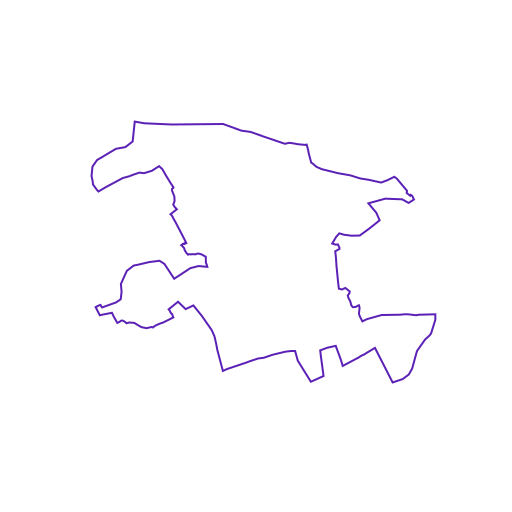 outline of Gwadabawa, Sokoto, Nigeria, rotated 246°
{"feature_id": "59680162B7305913438202", "entity_name": "Gwadabawa", "entity_type": "district", "adm_level": 2, "iso_a3": "NGA", "parent_name": "Nigeria", "parent_adm1": "Sokoto", "projection": "robinson", "projection_center": [5.311, 13.424], "detail": "fine", "context": "isolated", "style": "outline", "palette": "violet", "viewbox_px": 512, "rotation_deg": 246, "n_neighbors": 0, "source": "geoboundaries", "source_scale": "gbopen_adm2", "svg_char_len": 3323}
<svg xmlns="http://www.w3.org/2000/svg" viewBox="0 0 512 512"><g transform="rotate(246 256 256)"><path d="M272.1,414.6L271.8,406.8L272.2,400.2L279.6,390.2L284.5,382.7L291.3,375.0L298.5,364.3L301.5,360.5L308.5,351.5L311.2,349.0L312.5,347.8L313.3,347.3L317.6,345.3L318.8,344.4L328.2,345.9L331.9,346.8L337.2,347.6L337.5,346.1L341.4,339.2L342.6,337.6L345.8,332.6L346.8,328.0L361.4,312.2L371.5,301.6L376.5,293.6L389.7,279.9L389.9,279.8L410.5,232.3L422.7,207.9L428.1,199.9L410.8,189.9L408.6,181.0L410.9,171.6L408.3,149.8L404.2,143.0L396.0,138.3L391.6,137.4L387.5,136.2L380.6,137.7L379.0,138.3L380.0,146.8L381.4,166.2L380.4,172.5L380.2,176.8L379.6,183.4L377.2,187.4L376.2,195.5L377.5,204.0L373.7,205.7L365.2,206.6L357.1,207.7L352.2,208.5L351.9,208.3L351.7,207.5L351.4,206.6L350.0,205.9L343.5,205.6L339.2,203.9L336.6,201.3L333.6,201.7L330.9,202.7L328.9,194.9L327.5,195.5L325.4,195.8L323.4,195.8L320.2,196.2L307.3,197.0L296.1,197.6L296.1,196.5L296.2,195.8L296.6,195.7L296.5,195.1L296.3,195.0L296.5,194.7L296.7,194.8L296.7,194.6L296.8,194.3L296.3,192.1L295.8,192.3L295.3,192.6L295.0,192.8L294.3,193.0L293.8,193.1L292.4,193.6L291.8,193.5L290.7,193.3L290.2,193.2L289.1,193.4L286.7,193.8L285.0,194.4L285.1,194.7L284.9,194.8L284.8,195.8L284.0,197.0L283.7,198.3L283.1,199.3L283.1,199.8L282.6,200.6L282.2,201.1L282.1,201.4L282.1,203.0L281.7,204.1L281.4,204.8L280.2,206.1L279.6,207.0L275.7,209.8L270.2,207.5L267.6,207.4L265.9,207.1L270.2,199.4L271.6,191.1L268.5,172.0L286.1,169.1L290.9,165.9L293.9,155.9L295.9,145.3L297.0,140.4L295.0,132.0L285.4,121.2L277.9,118.6L271.5,114.8L270.5,109.4L271.6,94.4L274.6,94.0L274.7,92.8L274.7,90.9L274.5,88.7L265.4,89.2L264.8,92.2L262.7,101.3L258.6,101.4L251.3,102.1L251.3,104.1L251.8,106.6L251.2,108.0L248.9,109.7L247.3,110.2L246.9,112.3L246.9,113.0L244.4,117.6L237.7,122.3L234.6,126.6L233.6,131.8L232.6,132.8L233.1,134.5L233.4,136.8L233.3,141.1L233.0,143.9L233.5,155.5L234.6,155.4L236.9,155.8L238.3,155.1L239.8,154.9L240.9,155.0L242.8,154.5L245.9,166.2L236.1,170.1L236.3,178.7L223.5,182.1L206.3,185.4L199.7,185.4L191.9,183.9L186.1,182.5L164.5,179.0L164.5,183.8L163.0,199.6L162.6,203.4L162.4,207.2L161.5,216.3L159.9,221.6L159.3,227.9L159.2,229.2L158.8,232.3L156.6,244.1L155.0,249.2L153.3,253.1L143.4,251.6L118.8,255.0L118.9,268.9L135.6,273.8L138.4,274.6L143.7,276.3L143.2,283.8L141.5,292.3L126.5,291.3L120.3,290.5L121.2,303.6L121.5,308.5L122.1,311.9L122.0,314.0L123.7,327.3L84.9,329.4L83.9,340.0L85.6,347.4L89.7,352.9L103.7,364.4L110.4,375.6L111.0,376.7L112.8,382.2L114.1,384.5L124.8,393.9L129.8,396.1L132.6,389.4L134.2,385.5L136.1,380.9L136.8,378.1L140.6,371.7L141.0,370.9L141.2,370.5L141.8,369.2L142.4,367.8L143.7,363.9L151.0,346.7L153.2,331.6L153.0,326.6L158.9,326.3L161.5,326.6L166.4,329.5L169.1,330.0L169.2,328.3L168.9,326.4L169.8,323.7L172.0,323.0L176.5,323.7L180.1,323.4L182.6,323.8L183.9,326.1L185.5,327.2L190.5,324.6L190.4,321.0L192.4,318.4L194.6,319.1L198.0,320.1L214.2,325.5L222.1,328.4L228.1,330.3L228.5,335.1L229.7,335.6L233.3,335.5L234.0,333.4L236.4,330.7L240.8,336.9L242.8,341.3L239.6,345.1L235.7,351.5L232.5,359.1L235.0,370.7L238.3,383.5L246.6,383.5L258.4,380.1L255.8,397.4L248.3,412.6L244.1,415.7L242.4,417.1L243.4,423.3L247.3,423.2L248.2,422.7L248.9,422.2L248.3,421.4L252.3,419.3L254.1,420.5L267.0,416.8L269.2,416.2L272.1,414.6Z" fill="none" stroke="#5b21b6" stroke-width="2"/></g></svg>